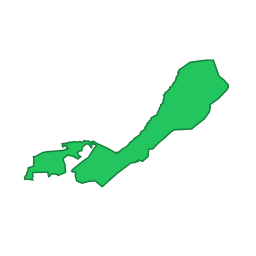 Santa Cruz Mixtepec, Oaxaca, Mexico, rotated 133°
{"feature_id": "50627088B82303244388896", "entity_name": "Santa Cruz Mixtepec", "entity_type": "district", "adm_level": 2, "iso_a3": "MEX", "parent_name": "Mexico", "parent_adm1": "Oaxaca", "projection": "orthographic", "projection_center": [-96.883, 16.781], "detail": "fine", "context": "isolated", "style": "filled", "palette": "green", "viewbox_px": 256, "rotation_deg": 133, "n_neighbors": 0, "source": "geoboundaries", "source_scale": "gbopen_adm2", "svg_char_len": 5465}
<svg xmlns="http://www.w3.org/2000/svg" viewBox="0 0 256 256"><g transform="rotate(133 128 128)"><path d="M60.7,79.5L57.1,81.8L56.0,82.6L55.3,84.0L44.8,81.9L33.3,81.7L30.1,82.3L28.2,83.8L27.5,90.5L28.0,96.8L20.2,111.8L25.1,117.1L31.7,122.6L37.8,127.5L48.8,129.8L49.1,129.9L49.2,130.0L49.6,130.1L49.8,130.2L49.9,130.3L50.0,130.3L50.2,130.2L50.3,130.0L50.9,129.8L51.1,129.9L51.4,130.0L51.6,130.0L51.7,129.9L51.8,129.9L52.1,129.7L52.4,129.6L52.5,129.6L52.6,129.4L52.8,129.5L53.1,129.5L53.2,129.4L53.3,129.4L53.3,129.2L53.2,129.0L53.2,128.9L53.1,128.3L54.2,128.1L54.3,128.1L54.7,127.8L55.9,127.7L57.3,127.3L57.5,127.4L57.8,127.3L58.3,126.8L58.7,127.0L59.0,126.9L59.6,126.1L60.1,126.0L60.4,125.5L60.6,125.4L61.4,125.6L61.8,125.3L62.1,125.3L63.3,125.4L63.9,125.1L64.2,125.1L64.5,125.4L65.0,125.0L65.8,124.9L66.4,124.9L67.3,124.4L69.0,124.8L69.6,125.3L70.2,124.6L71.3,124.0L71.5,124.0L71.8,124.4L72.3,124.4L72.7,124.1L73.4,124.4L74.5,124.1L75.3,124.4L75.6,124.8L75.8,124.8L76.2,124.7L77.5,124.7L78.5,123.9L79.4,124.2L79.7,124.4L80.1,123.7L80.6,122.2L82.0,122.0L83.5,121.2L84.3,120.2L85.2,120.4L85.4,120.3L86.2,119.2L86.8,119.5L88.3,119.8L88.6,119.9L90.5,118.7L91.9,118.7L92.4,118.2L92.8,118.0L95.7,117.1L96.6,116.6L97.5,116.6L98.3,116.1L98.5,115.9L99.7,115.9L100.0,116.2L100.9,116.9L103.8,117.5L103.9,117.8L105.0,117.9L105.5,117.7L106.2,116.9L106.9,116.9L107.5,117.2L109.0,117.1L109.4,116.2L110.2,116.9L111.9,117.1L113.1,115.8L113.3,116.0L114.8,116.2L115.8,116.1L115.7,115.4L115.9,115.1L116.1,115.0L116.8,115.2L118.6,115.1L119.3,115.4L120.3,115.4L120.6,115.6L122.5,115.9L122.8,115.8L123.8,114.8L124.4,114.9L125.2,114.8L126.0,114.8L126.4,115.2L127.5,115.2L127.8,115.3L128.1,115.2L128.2,115.3L130.6,116.1L131.2,116.2L131.5,116.1L131.8,116.1L132.2,116.2L133.0,116.2L133.8,116.1L135.0,116.1L136.3,116.6L137.3,116.7L138.2,116.6L138.8,116.3L139.8,116.2L141.8,116.4L143.3,116.5L145.1,117.2L146.8,117.5L147.2,117.8L148.1,117.9L150.5,118.2L151.7,118.3L152.8,118.3L153.2,119.1L153.1,119.5L153.7,119.3L154.5,119.4L156.9,129.5L159.9,138.5L160.1,138.8L160.3,139.1L160.4,140.1L160.5,140.5L160.7,141.2L160.9,141.6L161.0,141.7L161.0,141.9L161.0,142.2L161.0,142.5L160.9,143.4L160.9,143.6L161.0,143.6L161.7,144.0L161.8,144.3L161.9,144.6L162.1,144.9L162.9,144.8L163.3,144.9L163.8,145.8L164.6,148.1L164.6,148.3L165.6,149.1L166.5,150.3L167.0,151.4L167.2,151.5L168.1,151.4L169.1,151.4L169.7,151.6L170.0,152.0L170.1,152.3L170.2,152.5L170.5,153.6L171.1,154.2L171.2,154.4L171.8,154.7L172.4,155.2L172.5,155.1L173.0,155.6L173.3,155.8L173.5,156.3L175.3,158.6L176.9,159.4L177.0,159.4L177.3,159.7L177.6,160.2L177.7,160.7L178.2,161.2L179.8,161.6L180.0,161.8L180.3,162.3L180.4,162.5L180.7,162.5L181.0,162.7L181.3,163.0L183.3,164.2L183.4,164.6L183.5,164.7L183.7,164.8L183.9,164.9L184.5,165.3L184.5,164.7L184.8,164.4L185.0,164.3L185.7,164.1L186.2,162.5L185.6,162.4L185.3,162.3L185.1,162.1L184.8,162.0L184.5,162.0L184.3,161.9L183.8,161.7L183.4,161.5L183.0,161.3L182.6,161.2L183.0,160.1L183.3,159.9L183.7,159.6L183.8,159.3L184.1,159.2L183.4,158.3L183.7,157.7L185.0,158.1L185.4,158.4L185.8,158.7L187.4,159.6L187.9,159.8L188.2,160.0L188.3,160.0L189.4,160.9L191.8,163.0L192.8,163.9L197.0,167.7L199.0,169.6L200.1,170.6L200.5,171.0L204.3,173.7L205.1,174.0L208.5,175.1L210.2,175.5L211.1,175.9L212.4,176.6L213.0,177.1L213.5,177.6L214.1,176.5L214.8,175.8L215.5,175.3L216.4,174.4L216.7,174.0L216.8,174.1L217.1,173.8L218.2,172.9L218.9,172.3L220.2,171.1L222.2,172.1L223.7,172.9L225.3,173.8L226.7,172.6L227.7,171.9L227.8,171.9L228.0,171.8L228.9,171.7L229.4,171.7L230.1,171.2L231.7,170.1L232.2,170.0L232.8,170.4L235.2,169.6L235.8,168.3L235.7,168.3L234.2,167.0L233.4,165.8L233.3,165.7L232.6,164.7L232.3,164.4L231.6,163.3L231.5,163.0L231.2,162.8L230.9,162.4L230.8,162.9L230.3,163.6L229.2,164.2L227.7,164.7L227.3,166.0L225.2,167.1L224.7,166.3L223.7,165.5L222.8,164.5L220.4,162.2L220.3,161.9L219.1,160.7L218.3,159.9L216.3,157.8L214.8,156.8L217.7,152.9L216.4,152.5L216.0,152.5L215.2,152.6L214.7,152.7L213.4,152.5L213.3,152.4L213.2,152.2L212.9,151.9L211.8,150.3L211.3,149.7L211.1,149.5L210.6,148.8L210.0,148.2L210.6,147.0L209.9,146.6L209.6,146.4L209.0,146.1L207.2,145.4L205.6,144.5L205.2,144.3L203.2,143.5L202.9,143.7L202.4,144.0L201.9,144.5L200.8,145.9L200.4,146.4L200.3,146.5L199.7,147.3L198.8,148.0L198.3,148.4L196.9,150.9L195.1,154.5L194.7,154.4L194.2,154.4L190.3,153.9L190.1,153.8L189.1,153.9L189.0,153.7L188.5,152.6L188.2,152.1L187.9,151.8L187.6,151.3L187.1,150.5L186.5,149.5L186.1,148.8L185.8,147.6L185.8,147.2L185.6,146.3L185.0,144.4L184.8,143.4L184.6,143.4L184.1,143.4L183.6,143.3L183.0,143.4L181.8,143.0L181.3,142.9L181.5,144.6L181.7,145.1L181.5,145.4L181.4,147.2L180.8,148.1L180.3,148.0L179.6,147.9L179.2,147.9L178.7,147.9L178.2,147.8L177.3,147.2L176.2,146.3L173.9,147.8L172.1,148.3L170.3,148.0L168.2,147.7L166.6,145.7L167.5,141.4L166.8,141.3L165.8,142.4L165.2,143.0L164.7,143.3L163.9,144.8L163.8,144.2L163.6,143.9L163.4,142.1L163.2,141.7L163.0,141.3L162.7,140.7L162.5,140.3L162.5,139.9L162.8,138.7L166.2,138.9L176.9,136.9L182.4,138.3L182.8,138.3L195.4,140.1L195.8,140.1L196.6,140.2L198.0,139.8L197.8,139.4L197.9,138.7L195.9,136.2L198.8,134.0L201.7,129.4L199.7,123.9L194.1,120.5L189.1,116.0L188.5,106.9L168.5,105.0L160.9,103.7L151.3,102.0L148.0,98.9L146.1,99.0L145.9,99.0L145.7,97.7L144.0,98.3L142.5,94.6L142.3,94.6L135.3,93.9L129.4,98.4L126.3,95.6L119.4,95.6L108.9,94.4L101.1,93.9L97.4,92.7L94.8,90.0L85.2,80.7L80.6,80.3L76.6,79.6L69.2,78.4L60.7,79.5Z" fill="#22c55e" stroke="#15803d" stroke-width="1.5"/></g></svg>